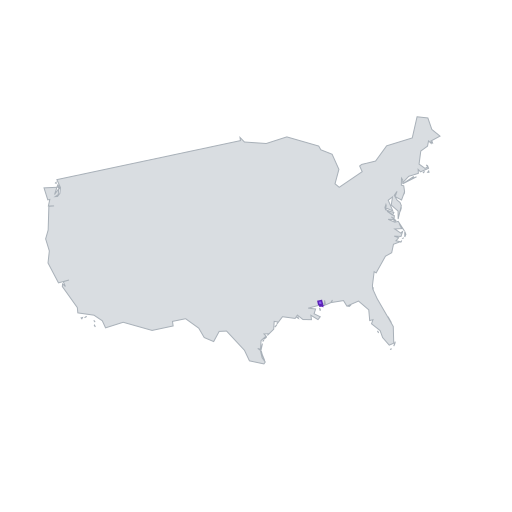 Jackson, Mississippi, United States of America (highlighted), rotated 348°
{"feature_id": "52423323B10934602069357", "entity_name": "Jackson", "entity_type": "district", "adm_level": 2, "iso_a3": "USA", "parent_name": "United States of America", "parent_adm1": "Mississippi", "projection": "equal_earth", "projection_center": [-88.578, 30.463], "detail": "fine", "context": "in_parent", "style": "filled", "palette": "violet", "viewbox_px": 512, "rotation_deg": 348, "n_neighbors": 0, "source": "geoboundaries", "source_scale": "gbopen_adm2", "svg_char_len": 4517}
<svg xmlns="http://www.w3.org/2000/svg" viewBox="0 0 512 512"><g transform="rotate(348 256 256)"><path d="M406.7,175.4L433.4,173.0L442.5,153.3L452.8,156.7L454.3,168.8L460.9,177.0L451.0,179.9L450.7,182.2L448.7,179.3L446.6,184.2L439.0,187.6L434.6,200.0L439.5,205.4L442.5,204.7L441.5,202.3L442.6,203.4L443.0,206.1L434.4,207.9L432.6,205.0L432.0,208.9L422.0,209.8L414.7,214.8L415.3,212.0L414.5,210.1L412.9,216.9L415.1,218.1L414.7,224.0L410.0,231.5L404.4,226.8L407.4,222.1L403.8,225.4L405.6,230.6L408.0,233.6L408.6,237.0L402.7,249.4L404.3,241.6L398.9,234.3L401.8,226.6L396.9,228.9L399.2,240.3L394.2,236.8L392.5,237.2L393.9,233.6L393.8,232.6L392.2,235.3L392.3,237.7L399.9,242.2L398.3,244.2L394.8,240.2L393.5,239.5L397.9,244.3L399.7,245.3L398.8,248.2L396.5,245.9L400.2,250.3L399.3,250.9L397.5,248.7L392.9,247.6L398.8,251.8L402.3,251.7L406.4,262.4L402.9,254.2L404.1,259.5L397.3,258.4L402.4,263.7L404.7,262.2L401.9,267.0L395.3,265.3L399.4,267.8L396.1,270.2L400.1,272.0L392.9,273.1L389.4,281.0L382.6,283.1L370.0,297.5L368.3,295.9L363.7,309.2L363.3,312.5L365.6,322.8L375.6,353.5L372.6,369.9L367.8,370.9L362.9,362.1L361.9,354.8L354.9,346.3L357.2,342.6L353.8,342.8L355.1,332.1L346.9,321.4L334.5,323.9L332.3,317.8L320.1,317.2L321.6,314.9L319.4,317.2L313.9,318.3L313.9,313.6L312.9,317.0L296.2,317.9L303.3,320.2L300.8,324.6L306.2,328.8L303.4,331.1L297.4,325.4L297.0,329.8L288.7,327.9L284.2,322.4L281.3,325.2L269.3,320.9L262.2,327.0L264.0,325.3L260.2,323.7L258.1,331.3L250.6,336.1L252.4,334.7L247.6,333.9L249.2,336.5L243.4,339.7L241.0,348.1L238.5,346.8L240.6,349.1L240.8,356.8L243.0,361.6L241.3,363.2L227.8,357.2L225.1,345.8L211.6,323.3L204.3,322.1L196.8,330.9L188.4,325.0L185.0,314.7L174.1,302.7L160.7,302.6L160.4,307.2L138.9,307.2L112.3,293.2L93.9,295.0L92.2,287.4L85.2,280.2L69.9,274.6L70.5,269.3L60.2,245.6L61.0,243.1L63.2,246.2L62.2,241.1L68.1,240.6L57.2,241.2L51.1,219.6L54.9,208.1L53.8,195.5L58.1,187.4L63.7,164.4L68.9,165.0L63.3,163.9L66.1,157.8L64.0,157.8L62.8,145.3L75.6,147.4L71.7,154.0L76.9,149.3L75.4,154.8L72.0,156.2L74.2,156.5L77.1,154.1L79.0,148.5L77.1,139.9L264.8,139.9L265.0,136.7L268.4,142.1L289.4,148.1L310.9,145.9L340.2,161.5L341.5,165.6L351.6,172.3L355.1,188.5L348.3,201.8L351.7,206.1L377.4,195.6L376.1,189.5L378.4,188.4L392.7,188.0L406.7,175.4ZM425.2,212.6L429.5,211.9L414.5,215.9L426.8,211.0L425.2,212.6ZM77.0,145.2L78.1,148.7L77.9,149.3L76.0,146.6L77.0,145.2ZM242.8,360.2L241.2,353.4L241.4,349.5L241.6,353.6L242.8,360.2ZM452.1,180.4L452.2,182.3L451.5,181.9L452.1,180.4ZM284.3,324.3L284.6,325.9L283.3,324.7L284.3,324.3ZM75.4,280.7L77.3,279.9L77.4,280.1L75.4,280.7ZM73.5,280.1L72.6,281.2L72.1,280.2L73.5,280.1ZM438.4,208.2L437.3,209.4L437.0,209.1L438.4,208.2ZM242.5,345.9L241.4,349.0L244.1,343.0L242.5,345.9ZM372.7,343.3L374.6,349.4L372.4,342.7L372.7,343.3ZM84.2,285.6L84.9,287.2L84.1,285.7L84.2,285.6ZM373.5,370.8L372.0,372.8L374.4,368.7L373.5,370.8ZM407.1,266.0L405.5,268.3L406.6,262.9L407.1,266.0ZM75.8,142.4L75.6,143.4L75.0,142.9L75.8,142.4ZM249.2,337.7L246.5,339.1L249.3,337.3L249.2,337.7ZM442.6,208.7L442.6,210.1L441.3,209.8L442.6,208.7ZM83.7,290.0L84.1,292.0L83.4,290.3L83.7,290.0ZM245.9,340.3L244.8,341.0L245.7,339.8L245.9,340.3ZM408.0,239.4L406.4,242.4L408.2,238.3L408.0,239.4ZM261.3,328.3L259.6,329.5L262.1,327.4L261.3,328.3ZM364.0,310.8L363.7,313.3L363.5,311.6L364.0,310.8ZM400.8,272.4L400.2,272.9L401.8,271.1L400.8,272.4ZM338.9,323.4L336.9,324.7L336.0,324.4L338.9,323.4ZM313.1,317.9L312.7,318.3L311.5,318.2L313.1,317.9ZM359.6,355.0L359.9,356.8L359.2,354.6L359.6,355.0ZM307.8,321.4L307.4,323.0L307.3,320.1L307.8,321.4ZM368.8,375.2L367.7,375.3L369.3,374.8L368.8,375.2ZM414.4,225.0L413.6,226.4L414.5,224.4L414.4,225.0ZM404.2,268.7L403.5,269.3L403.4,269.3L404.2,268.7Z" fill="#d9dde1" stroke="#a8b0b8" stroke-width="1"/><path d="M307.2,313.2L307.2,313.8L307.2,315.0L307.2,316.1L307.2,316.4L307.4,316.5L307.5,316.6L307.7,316.8L307.8,316.8L308.1,317.0L308.3,317.1L308.6,317.2L308.9,317.0L309.1,317.0L309.3,317.1L309.5,317.3L309.9,317.2L310.0,317.2L310.1,317.4L310.3,317.4L310.5,317.3L310.5,317.2L310.8,317.1L310.9,316.9L310.9,315.5L310.9,315.3L310.9,315.2L310.9,314.7L310.8,314.3L310.8,314.2L310.8,313.9L310.8,313.5L310.8,313.4L310.8,313.2L309.8,313.2L308.9,313.2L307.6,313.2L307.2,313.2ZM308.1,318.2L308.1,318.3L308.3,318.3L308.5,318.3L308.8,318.4L309.0,318.4L309.3,318.5L309.5,318.5L309.3,318.3L308.9,318.2L308.7,318.1L308.3,318.1L308.1,318.2ZM310.1,318.5L310.5,318.8L310.5,318.7L310.9,318.6L310.7,318.5L310.4,318.6L310.2,318.5L310.1,318.5Z" fill="#8b5cf6" stroke="#5b21b6" stroke-width="1.5"/></g></svg>